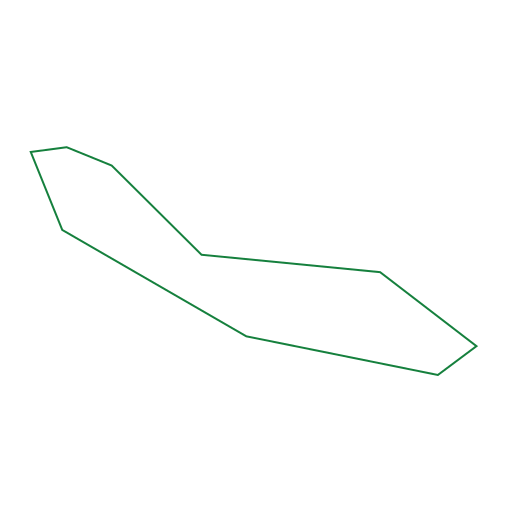 outline of Curaçao, rotated 341°
{"feature_id": "CUW", "entity_name": "Curaçao", "entity_type": "country or territory", "adm_level": 0, "iso_a3": "CUW", "parent_name": "North America", "parent_adm1": "", "projection": "natural_earth1", "projection_center": [-68.965, 12.213], "detail": "fine", "context": "isolated", "style": "outline", "palette": "green", "viewbox_px": 512, "rotation_deg": 341, "n_neighbors": 0, "source": "natural_earth", "source_scale": "50m", "svg_char_len": 282}
<svg xmlns="http://www.w3.org/2000/svg" viewBox="0 0 512 512"><g transform="rotate(341 256 256)"><path d="M435.1,413.0L389.2,427.7L220.7,328.8L81.3,168.3L76.9,84.3L112.4,91.5L149.0,123.5L204.9,237.1L368.1,311.7L435.1,413.0Z" fill="none" stroke="#15803d" stroke-width="2"/></g></svg>